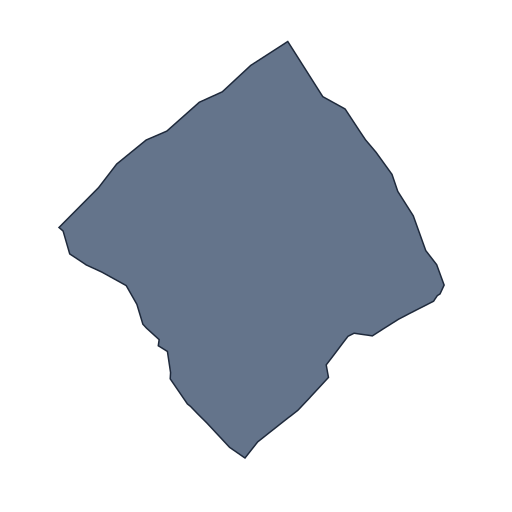 outline of Xanbogd, Ömnögovi, Mongolia, rotated 329°
{"feature_id": "93677404B95802719700643", "entity_name": "Xanbogd", "entity_type": "district", "adm_level": 2, "iso_a3": "MNG", "parent_name": "Mongolia", "parent_adm1": "Ömnögovi", "projection": "orthographic", "projection_center": [107.26, 42.897], "detail": "fine", "context": "isolated", "style": "filled", "palette": "slate", "viewbox_px": 512, "rotation_deg": 329, "n_neighbors": 0, "source": "geoboundaries", "source_scale": "gbopen_adm2", "svg_char_len": 1197}
<svg xmlns="http://www.w3.org/2000/svg" viewBox="0 0 512 512"><g transform="rotate(329 256 256)"><path d="M142.5,423.5L143.5,423.1L152.2,419.8L155.4,418.6L161.7,416.2L163.4,416.0L175.6,414.4L188.1,412.8L200.7,411.2L203.9,410.9L207.0,410.5L212.5,409.8L229.3,405.1L230.4,404.7L230.5,404.7L243.6,400.9L250.1,399.0L255.6,397.4L257.5,392.3L260.1,385.5L272.3,380.7L273.2,380.3L273.8,380.1L283.4,376.2L286.9,374.8L293.5,372.2L300.2,372.7L300.3,372.7L307.5,378.6L311.0,381.4L312.9,383.0L314.6,384.4L327.5,384.0L336.9,383.8L345.4,383.6L345.6,383.6L357.4,384.3L366.2,384.9L378.8,385.8L385.0,386.2L386.6,385.4L390.9,383.4L392.1,383.3L394.2,383.3L402.3,377.8L402.3,377.7L406.4,356.5L404.3,338.8L411.5,302.6L410.8,273.6L414.6,256.1L412.3,228.8L409.7,212.9L409.2,202.9L408.1,175.9L395.3,153.8L393.7,88.5L393.1,88.5L349.7,89.9L311.7,97.9L286.6,95.0L243.9,103.0L221.6,100.0L184.0,105.4L156.3,116.3L101.8,130.1L103.5,135.3L97.4,158.3L104.9,174.0L105.8,176.1L115.5,190.3L129.5,214.5L129.0,236.1L123.9,256.2L125.0,261.5L129.9,277.8L126.0,282.6L130.9,292.2L122.7,312.0L119.2,317.1L121.0,347.5L122.4,351.2L124.6,360.8L127.9,373.9L134.8,406.4L142.5,423.5Z" fill="#64748b" stroke="#1e293b" stroke-width="1.5"/></g></svg>